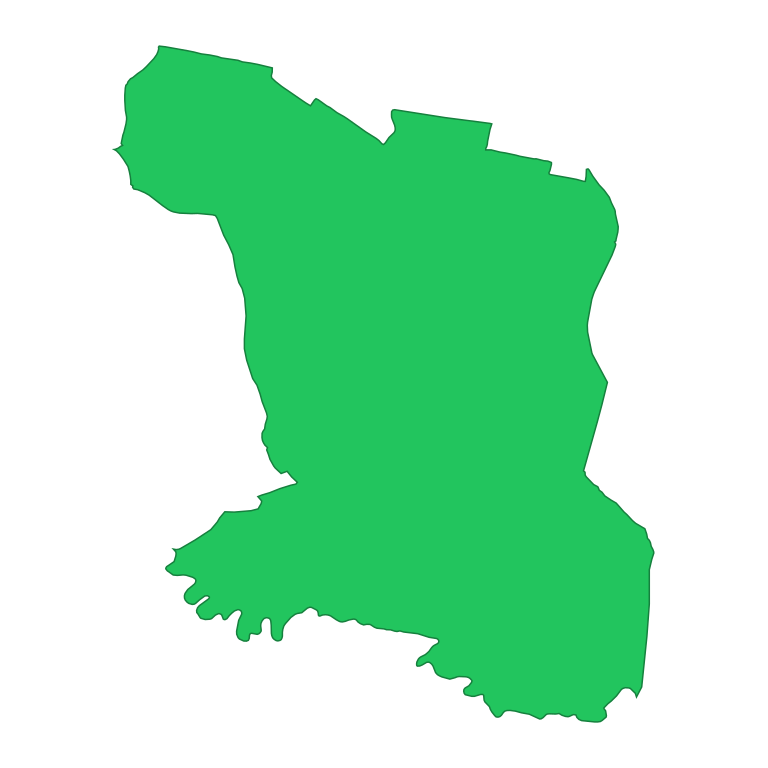 Porumbesti, Satu Mare, Romania
{"feature_id": "2599482B57737468340050", "entity_name": "Porumbesti", "entity_type": "district", "adm_level": 2, "iso_a3": "ROU", "parent_name": "Romania", "parent_adm1": "Satu Mare", "projection": "equal_earth", "projection_center": [22.962, 47.979], "detail": "fine", "context": "isolated", "style": "filled", "palette": "green", "viewbox_px": 768, "rotation_deg": 0, "n_neighbors": 0, "source": "geoboundaries", "source_scale": "gbopen_adm2", "svg_char_len": 6097}
<svg xmlns="http://www.w3.org/2000/svg" viewBox="0 0 768 768"><path d="M636.5,697.0L641.7,687.0L646.9,636.3L649.3,604.0L649.3,569.7L651.8,559.3L653.8,553.1L653.7,551.8L652.8,549.3L651.2,546.3L650.4,542.6L649.3,540.3L647.5,538.4L646.7,534.1L644.9,528.8L635.6,523.3L632.5,520.6L626.9,514.6L624.1,512.1L616.2,503.1L610.7,499.9L604.8,495.9L602.0,492.2L599.3,490.3L598.1,487.3L597.7,486.7L593.7,484.6L586.3,476.9L585.2,475.2L585.0,472.2L583.5,470.9L597.4,421.5L601.9,404.7L607.4,382.4L592.6,354.8L591.9,353.1L587.6,332.1L587.3,325.3L587.6,322.0L591.8,299.2L593.2,294.9L594.3,291.8L612.0,255.1L615.2,246.7L615.7,244.7L615.5,243.6L614.5,242.0L616.0,240.8L615.9,240.2L617.8,232.1L618.1,229.0L618.2,226.6L615.4,214.0L615.2,211.3L614.7,209.5L611.5,203.0L609.3,197.3L604.1,190.2L599.1,184.9L592.8,176.2L589.0,169.8L588.0,168.9L586.4,169.4L586.1,176.5L585.3,181.4L583.5,181.3L576.6,179.4L568.3,177.8L550.3,174.6L549.2,173.9L548.9,172.8L550.0,170.4L551.5,164.1L551.4,162.5L549.7,161.8L547.8,161.1L543.8,160.7L536.2,158.8L534.0,158.9L520.0,156.3L516.0,155.2L505.7,153.0L500.0,152.1L491.2,149.9L485.7,149.9L485.8,148.3L486.7,146.6L487.3,144.4L487.6,141.3L490.0,129.5L491.8,123.9L489.9,123.4L445.0,117.6L394.6,109.7L392.7,110.1L391.6,111.7L391.5,114.5L391.6,117.2L392.2,119.1L394.6,125.1L395.2,127.8L395.2,130.3L394.2,132.5L389.0,137.5L385.4,142.8L383.6,144.5L381.9,143.8L379.0,140.6L376.3,138.5L365.9,132.0L347.2,118.7L343.8,116.5L337.0,112.7L330.1,107.6L326.8,105.9L318.3,99.8L316.0,98.7L314.5,100.0L310.5,105.8L305.4,102.7L281.8,86.5L275.6,81.6L271.7,77.9L271.3,75.7L272.2,72.1L272.3,67.9L257.7,64.4L250.3,63.0L242.4,61.9L238.0,60.3L221.5,57.9L217.3,56.5L209.7,55.0L201.3,53.9L193.8,52.0L187.8,50.8L165.4,46.8L159.2,46.1L158.5,47.1L158.7,48.9L158.0,51.6L156.7,54.6L153.8,58.7L146.4,66.6L142.8,70.0L137.5,73.7L132.9,77.5L130.5,78.8L128.1,81.6L127.2,84.0L125.9,85.2L125.3,88.0L124.8,95.3L124.8,100.2L125.4,110.4L126.6,117.1L126.6,119.6L126.0,123.8L123.9,132.3L122.9,135.1L121.2,143.5L122.6,145.4L120.7,146.3L118.3,148.1L115.1,149.4L114.2,149.5L116.5,150.8L119.5,153.9L123.5,159.3L128.0,166.5L129.3,171.4L130.2,175.9L130.8,180.6L130.8,184.4L132.9,185.9L132.6,187.3L133.8,189.0L137.7,189.7L144.8,192.7L149.2,195.2L162.6,205.6L168.2,209.5L171.0,211.0L173.5,211.9L179.6,213.1L191.5,213.6L197.6,213.4L212.6,214.8L215.5,215.6L217.3,218.5L223.7,235.2L228.7,244.7L233.0,254.6L235.0,267.0L237.0,276.1L238.9,282.7L242.2,288.6L244.7,298.2L246.1,316.0L244.4,338.9L244.4,348.8L246.7,360.2L252.7,378.6L257.0,385.2L260.1,394.0L262.2,401.7L266.5,412.9L267.3,416.4L266.9,419.0L265.3,424.2L264.6,429.0L263.1,431.1L262.1,433.3L262.0,437.6L262.5,440.5L263.5,442.8L264.9,445.1L267.5,447.6L266.7,449.9L268.5,454.6L270.0,459.4L273.7,466.0L275.3,468.1L281.1,473.5L287.1,471.3L291.7,477.0L297.3,482.3L295.9,484.1L290.9,485.2L280.0,488.6L269.7,492.7L261.7,495.1L257.9,496.6L261.7,501.0L261.2,503.5L258.1,508.9L251.1,510.7L234.3,512.1L224.8,511.8L219.7,517.9L217.3,522.0L210.8,529.7L195.1,540.0L180.9,548.3L179.0,549.2L176.2,549.6L173.4,549.1L175.8,551.8L176.1,553.7L175.8,556.1L174.1,561.6L166.6,566.7L165.8,568.2L165.9,569.0L167.3,570.8L173.2,575.0L177.3,575.4L183.2,574.9L186.1,575.2L192.8,577.3L195.0,578.7L195.7,579.7L195.9,580.5L195.5,582.5L194.4,584.1L187.8,589.5L185.4,592.9L184.9,593.9L184.4,595.8L184.5,598.1L185.3,600.1L187.1,602.2L188.8,603.4L192.2,604.4L194.1,604.2L195.6,603.4L199.7,599.7L204.8,596.0L207.4,595.7L209.0,596.6L209.4,597.2L209.3,597.9L208.6,598.9L199.3,605.7L197.6,607.7L196.6,610.4L196.8,612.6L197.9,613.9L200.2,617.7L200.9,618.3L205.2,619.5L209.9,619.2L211.6,618.6L215.4,615.1L218.3,613.7L219.5,613.7L221.0,614.3L221.8,615.2L223.3,619.1L224.3,619.6L225.1,619.6L226.9,618.7L229.2,615.7L231.7,613.2L234.5,610.9L237.9,609.6L239.5,609.9L241.0,610.9L241.7,612.4L241.7,614.1L238.7,620.3L236.6,631.2L236.7,634.2L238.1,637.6L239.4,639.0L243.7,641.0L246.5,641.1L248.4,640.3L249.2,638.5L249.5,635.2L249.9,634.1L250.8,633.4L251.7,633.3L257.2,634.3L258.8,633.8L260.0,632.8L261.0,631.4L261.2,630.3L260.7,625.9L260.9,623.5L262.1,620.8L263.9,618.6L265.8,617.8L267.0,617.7L269.2,618.3L270.3,619.5L270.8,621.1L271.2,625.1L271.4,633.4L271.8,635.6L272.7,637.8L274.1,639.3L276.2,640.6L277.9,640.9L280.0,640.4L281.2,639.6L282.0,637.9L282.4,636.2L282.4,632.2L282.8,629.3L283.9,625.8L285.5,623.5L290.9,617.4L295.1,614.3L297.2,613.5L301.8,612.7L307.4,608.1L309.8,607.2L311.5,607.4L316.6,610.0L317.7,611.2L318.2,613.0L318.4,615.1L319.1,616.0L320.0,616.0L322.5,615.0L325.5,614.7L328.1,615.0L330.5,615.8L336.4,619.8L339.4,621.4L340.8,621.8L342.5,621.9L345.4,621.3L348.8,620.0L353.3,619.1L354.9,619.2L356.3,619.9L358.0,622.0L360.5,623.7L363.6,624.9L366.7,624.3L369.9,624.4L371.1,625.0L374.4,627.2L376.9,628.2L384.1,628.9L386.5,629.7L390.5,629.8L394.6,631.1L397.0,631.5L399.9,630.9L403.7,632.0L417.8,633.7L429.1,637.3L436.6,638.5L437.8,639.2L438.6,640.3L438.8,641.6L438.5,642.6L437.6,643.6L434.3,645.3L432.9,646.3L431.6,647.7L429.0,651.4L426.8,653.4L425.2,654.7L420.6,657.0L419.3,658.0L418.3,659.2L416.9,662.0L416.6,663.9L416.7,665.3L417.3,666.1L419.7,666.0L422.1,665.0L426.7,662.3L428.5,662.1L429.9,662.6L431.8,664.2L433.1,666.2L435.6,672.6L436.6,673.7L437.4,674.6L439.4,675.8L441.8,676.9L449.8,679.1L455.0,677.7L456.9,676.9L459.0,676.5L466.2,676.8L468.4,677.4L470.0,678.4L471.6,680.1L472.0,680.8L471.6,682.3L468.9,685.8L465.1,688.0L464.0,689.4L463.7,691.2L464.2,693.3L465.3,694.7L471.7,696.3L474.5,696.3L480.8,694.4L482.9,694.5L483.7,695.4L484.1,700.1L484.9,701.9L489.4,706.6L490.4,709.4L491.9,712.0L494.8,715.7L496.1,716.9L498.0,717.1L499.8,716.6L501.4,715.3L503.5,712.3L505.1,711.0L507.0,710.5L510.0,710.4L515.3,711.1L521.5,712.8L529.3,714.2L539.7,719.0L541.2,718.8L543.2,717.5L546.0,714.7L547.3,714.0L549.3,713.8L555.7,714.0L559.1,713.5L561.9,715.2L565.4,716.4L568.0,716.7L569.3,716.4L573.2,714.6L575.9,714.9L576.9,717.4L578.9,719.4L581.6,720.6L594.4,721.9L597.8,721.9L600.4,721.5L602.2,720.4L606.1,717.1L606.4,715.7L605.6,710.8L603.9,708.6L603.9,707.9L607.8,703.8L611.2,701.1L616.5,695.9L621.1,689.8L622.5,688.6L625.1,687.7L628.7,687.9L630.3,688.4L635.3,693.3L636.5,697.0Z" fill="#22c55e" stroke="#15803d" stroke-width="1.5"/></svg>